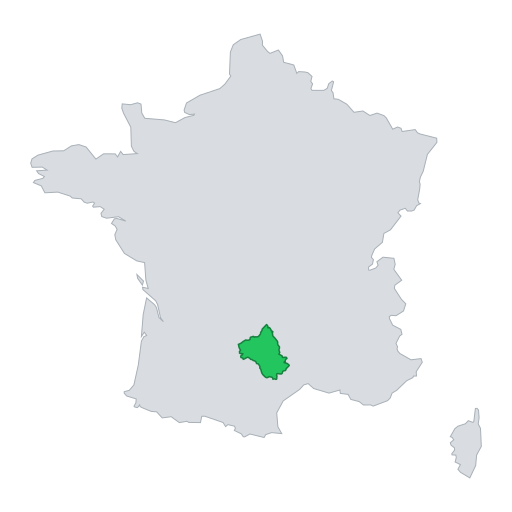 France, with Aveyron highlighted
{"feature_id": "FRA-5272", "entity_name": "Aveyron", "entity_type": "Metropolitan department", "adm_level": 1, "iso_a3": "FRA", "parent_name": "France", "parent_adm1": "", "projection": "mercator", "projection_center": [2.826, 44.313], "detail": "fine", "context": "in_parent", "style": "filled", "palette": "green", "viewbox_px": 512, "rotation_deg": 0, "n_neighbors": 0, "source": "natural_earth", "source_scale": "10m", "svg_char_len": 6851}
<svg xmlns="http://www.w3.org/2000/svg" viewBox="0 0 512 512"><path d="M420.4,203.6L416.6,205.7L414.2,210.0L411.8,211.0L407.4,211.0L405.3,208.3L400.0,210.1L397.9,212.8L401.0,216.1L390.5,229.8L383.9,233.4L382.4,242.3L374.6,249.0L371.6,255.9L371.4,257.3L373.4,259.6L372.5,264.1L368.6,267.0L368.6,269.9L369.7,270.3L375.8,268.0L378.1,265.3L376.9,261.7L383.0,257.2L393.9,258.3L395.2,264.3L393.8,269.3L401.7,280.2L394.8,285.2L394.4,288.5L401.4,299.3L405.8,303.8L403.5,311.0L396.0,315.7L391.3,315.3L389.3,316.5L389.5,318.7L392.7,325.2L400.8,329.4L402.0,334.3L399.7,336.0L396.0,343.4L397.6,347.0L397.0,348.6L397.8,351.1L400.0,353.6L411.0,359.8L421.0,358.6L422.3,362.2L416.2,371.7L416.5,376.0L413.4,376.1L412.9,377.6L406.7,380.7L396.7,390.3L392.1,393.1L390.2,398.0L387.5,400.7L373.2,406.1L370.5,404.9L363.5,405.0L359.2,401.6L350.8,399.4L348.1,394.4L340.3,393.4L339.9,390.0L329.0,393.1L313.6,388.5L308.2,383.6L303.7,384.9L299.8,389.3L283.2,400.9L276.7,412.9L277.9,426.8L281.7,433.6L271.7,432.6L265.7,434.6L264.1,437.5L249.9,434.0L244.6,436.9L243.2,436.7L241.3,433.8L234.3,430.5L235.4,428.3L234.5,426.2L227.9,424.6L225.6,426.6L223.1,422.5L204.7,416.2L201.7,416.3L200.5,422.6L188.7,422.4L187.0,421.3L179.3,422.6L171.2,416.7L162.2,417.9L156.6,411.8L151.2,411.4L143.6,408.3L140.2,406.7L139.7,404.9L137.5,407.6L134.7,407.0L134.0,406.2L135.9,402.8L136.2,398.9L126.7,396.0L124.2,393.2L124.2,391.7L129.3,390.3L133.9,384.9L138.3,365.0L141.4,341.2L143.8,336.7L146.7,335.5L144.3,332.2L141.4,336.5L143.2,314.5L146.6,297.9L154.6,304.7L156.5,307.7L158.9,317.5L163.4,321.7L160.5,317.7L157.6,304.5L155.7,300.8L143.0,289.7L142.5,287.2L148.2,288.5L145.9,280.2L144.6,262.6L136.8,260.9L124.4,253.4L115.8,239.8L114.8,234.7L117.1,229.3L115.1,225.9L111.5,223.5L114.3,218.9L116.8,218.4L125.8,221.1L118.5,216.7L106.6,218.2L101.8,216.6L101.0,213.4L104.2,209.2L100.2,206.6L93.4,207.2L92.6,206.1L94.6,203.1L92.9,202.0L87.3,203.2L84.2,202.2L81.2,198.8L72.2,198.0L70.2,196.1L57.8,192.1L44.9,192.8L41.3,185.9L33.4,182.6L34.9,180.4L42.8,178.4L44.4,176.5L38.6,173.6L36.6,170.8L47.1,170.1L42.3,167.1L32.1,167.3L30.7,163.2L32.0,158.9L38.0,155.1L52.9,151.0L63.7,150.8L71.4,145.9L78.9,144.6L86.1,147.0L95.9,159.1L103.6,153.8L115.2,153.9L117.6,156.9L120.6,151.4L123.2,154.6L137.3,153.6L134.0,151.4L131.4,146.3L130.8,127.2L123.6,113.3L121.8,108.2L122.2,103.9L130.6,104.7L137.6,102.8L141.0,104.1L141.8,113.1L144.8,118.3L164.2,119.9L175.5,122.7L184.9,117.6L193.8,115.3L194.5,114.1L189.4,114.6L184.7,112.4L184.1,110.1L186.5,103.0L200.0,95.2L219.8,88.6L224.9,84.1L230.8,76.1L229.5,74.0L230.4,52.0L233.3,44.7L240.8,39.5L260.1,34.1L262.5,41.2L262.4,45.2L267.5,51.4L270.0,53.4L278.4,50.0L282.5,55.8L283.7,62.3L293.8,65.0L296.8,73.4L298.6,71.6L305.0,72.0L307.9,72.7L312.0,76.4L310.8,81.4L312.6,83.9L310.9,88.5L312.1,90.4L323.7,90.4L327.2,88.4L328.8,83.7L332.3,81.0L333.6,81.8L331.4,90.5L333.0,92.7L333.9,98.8L338.2,99.3L346.8,104.2L354.0,112.3L362.9,111.0L369.9,115.5L377.1,113.1L383.9,115.6L386.3,117.9L392.7,129.2L397.6,127.0L401.0,128.3L402.1,131.5L415.2,129.6L417.5,132.8L420.2,134.0L436.7,138.2L436.9,142.4L427.4,154.4L423.2,171.3L420.4,177.1L419.4,181.4L420.1,184.3L419.7,188.9L417.7,199.8L418.8,202.9L420.4,203.6ZM479.1,417.6L478.2,423.9L480.5,428.4L481.3,446.4L476.6,455.1L475.7,465.5L469.8,477.9L460.6,472.4L457.9,469.3L460.4,464.6L455.1,462.0L456.3,457.4L455.8,455.1L452.0,454.9L451.8,453.7L454.6,450.1L454.5,447.9L451.0,445.1L450.3,442.7L453.7,439.9L452.2,437.4L450.3,436.7L454.9,428.6L458.1,426.1L465.3,423.8L468.3,420.7L473.0,422.4L473.8,421.6L475.4,408.5L477.0,408.3L478.5,410.1L479.1,417.6ZM143.5,281.1L142.4,285.1L137.6,278.3L136.9,274.5L143.5,281.1Z" fill="#d9dde1" stroke="#a8b0b8" stroke-width="1"/><path d="M248.0,340.3L249.3,339.9L250.0,339.5L250.1,338.5L250.3,337.4L250.8,337.1L251.1,337.1L253.1,336.4L253.4,336.4L253.7,336.5L253.9,336.7L254.0,336.9L254.3,337.2L254.5,337.2L255.0,336.9L255.4,336.8L255.7,336.8L256.9,336.9L257.9,336.7L258.4,336.4L258.8,336.1L259.1,335.6L260.1,334.5L260.3,334.3L260.4,334.0L260.5,333.7L260.6,332.9L260.7,332.6L261.0,331.8L261.8,330.8L262.0,330.5L262.0,330.2L262.1,329.6L262.2,329.3L262.3,329.0L266.5,324.6L266.9,324.8L267.0,325.1L267.2,325.3L267.6,325.9L267.8,326.2L267.9,326.5L268.0,326.8L268.0,327.0L267.9,327.6L268.0,327.8L269.2,327.6L269.4,327.6L269.6,327.7L270.1,328.4L270.7,329.3L270.9,329.6L271.1,330.4L271.3,330.7L271.5,331.0L272.4,331.3L272.6,331.4L272.8,331.6L272.8,331.8L272.8,332.0L272.5,332.1L272.2,332.3L272.1,332.5L272.2,332.8L272.4,333.1L272.5,333.4L272.5,333.7L272.6,334.5L272.6,334.8L272.7,335.4L273.0,336.0L273.2,336.3L273.4,336.6L274.4,337.5L277.2,341.0L277.7,342.2L277.7,342.5L277.7,342.8L277.6,343.2L277.6,343.6L277.8,344.3L277.9,344.8L278.1,345.1L279.3,346.6L279.5,347.0L279.5,347.4L279.4,347.6L279.4,348.0L279.4,348.4L279.3,348.7L279.2,349.0L279.1,349.3L279.0,349.6L279.0,349.9L279.1,350.6L279.2,351.1L279.6,351.9L279.7,352.2L279.7,352.5L279.1,353.7L279.0,354.0L279.0,354.3L279.7,354.5L280.4,355.0L281.5,355.5L281.8,355.7L282.1,356.0L282.3,356.3L282.3,356.7L282.3,357.0L282.4,357.3L282.7,357.4L282.9,357.5L285.2,357.2L285.8,357.3L286.1,357.3L286.4,357.5L286.7,357.8L286.9,358.5L285.8,359.3L285.4,360.0L285.3,360.3L285.3,360.9L285.3,361.3L285.0,361.5L284.4,361.8L284.1,362.1L284.1,362.3L284.2,362.5L284.5,362.7L284.7,362.8L285.0,362.8L285.3,362.7L285.5,362.7L285.8,362.8L285.9,363.1L286.1,363.3L286.4,363.4L287.0,363.4L287.2,363.5L287.5,363.6L287.9,364.1L288.7,364.6L288.9,364.9L289.1,365.2L289.2,365.5L289.0,365.8L288.0,366.8L287.6,367.3L287.4,367.5L286.9,367.9L286.6,368.3L286.3,368.5L285.8,370.0L285.2,370.6L283.7,370.8L283.3,371.0L282.8,371.4L282.6,371.8L282.5,372.1L282.4,372.5L282.4,372.9L282.0,373.5L281.7,373.8L281.3,373.9L281.0,374.0L280.8,374.0L280.5,374.0L280.0,373.8L279.9,373.8L279.1,373.9L278.9,373.8L278.3,373.6L277.8,373.6L277.2,373.7L276.9,373.9L276.7,374.1L276.7,374.4L276.6,374.9L276.6,375.2L276.7,375.5L276.9,375.8L277.0,376.1L277.0,376.3L276.9,376.6L276.8,376.9L276.8,377.2L276.8,377.9L276.8,378.3L276.7,378.9L276.4,379.2L276.1,379.3L275.9,379.4L275.6,379.3L275.4,379.2L275.0,379.0L274.8,378.9L274.5,378.9L273.9,379.0L273.0,379.2L272.6,377.9L272.0,377.3L269.3,376.6L267.9,377.4L266.9,377.7L265.8,377.4L264.8,376.6L262.9,374.7L262.0,373.3L261.4,371.7L260.9,369.5L260.5,368.9L260.1,368.5L259.8,368.0L259.8,367.4L260.0,366.7L258.6,364.3L258.1,363.8L257.1,363.7L256.5,363.4L256.5,363.2L256.0,362.0L255.6,361.5L254.5,360.8L253.1,360.5L252.5,359.8L252.2,359.6L251.0,359.5L250.5,359.2L250.0,358.5L248.5,357.5L247.8,357.3L247.1,357.4L244.2,359.0L243.3,359.3L242.9,358.4L242.8,358.1L241.0,357.5L240.7,356.5L241.1,355.5L242.4,354.9L242.7,353.7L240.2,353.5L239.5,353.0L239.6,352.5L239.5,351.9L239.5,351.4L239.9,350.9L240.5,350.5L240.5,350.0L239.7,348.8L239.2,347.8L238.4,344.4L240.1,343.6L241.3,343.0L243.2,341.4L244.4,340.8L245.0,340.4L245.6,340.0L248.0,340.3Z" fill="#22c55e" stroke="#15803d" stroke-width="1.5"/></svg>